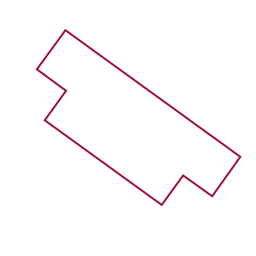 Red Lake, Minnesota, United States of America (Albers equal-area conic projection), rotated 36°
{"feature_id": "52423323B54609043510848", "entity_name": "Red Lake", "entity_type": "district", "adm_level": 2, "iso_a3": "USA", "parent_name": "United States of America", "parent_adm1": "Minnesota", "projection": "albers", "projection_center": [-96.095, 47.862], "detail": "fine", "context": "isolated", "style": "outline", "palette": "rose", "viewbox_px": 256, "rotation_deg": 36, "n_neighbors": 0, "source": "geoboundaries", "source_scale": "gbopen_adm2", "svg_char_len": 276}
<svg xmlns="http://www.w3.org/2000/svg" viewBox="0 0 256 256"><g transform="rotate(36 128 128)"><path d="M19.9,85.7L19.8,134.1L56.0,134.3L56.1,170.7L200.5,170.4L200.5,134.0L236.2,133.7L235.9,97.3L235.8,85.3L19.9,85.7Z" fill="none" stroke="#9f1239" stroke-width="2"/></g></svg>